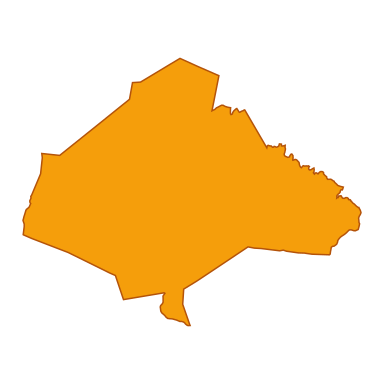 Santiago Ixcuintepec, Oaxaca, Mexico (orthographic projection)
{"feature_id": "50627088B58864234392064", "entity_name": "Santiago Ixcuintepec", "entity_type": "district", "adm_level": 2, "iso_a3": "MEX", "parent_name": "Mexico", "parent_adm1": "Oaxaca", "projection": "orthographic", "projection_center": [-95.545, 16.928], "detail": "fine", "context": "isolated", "style": "filled", "palette": "amber", "viewbox_px": 384, "rotation_deg": 0, "n_neighbors": 0, "source": "geoboundaries", "source_scale": "gbopen_adm2", "svg_char_len": 3780}
<svg xmlns="http://www.w3.org/2000/svg" viewBox="0 0 384 384"><path d="M285.2,145.3L283.1,146.0L281.5,145.9L281.4,144.1L279.4,143.9L278.7,146.1L277.6,146.8L276.5,147.2L275.8,147.0L274.9,146.5L274.1,146.4L273.6,147.1L272.7,147.3L271.8,146.6L271.3,146.0L269.9,145.9L268.1,145.3L267.2,146.1L266.8,147.8L244.8,110.0L244.2,109.9L243.7,110.4L242.6,110.9L241.3,111.3L240.2,112.1L239.4,112.3L239.1,112.0L236.8,108.5L236.1,108.8L235.1,109.7L233.7,111.0L232.7,112.6L232.3,114.0L231.0,114.6L230.5,113.9L230.4,112.1L230.5,108.8L230.6,107.7L228.7,107.4L227.3,107.1L224.9,106.3L223.2,105.3L221.7,105.2L220.4,105.8L219.5,106.3L217.8,107.2L216.5,107.8L215.6,108.6L214.9,109.4L214.0,109.8L212.8,110.4L212.0,110.8L218.9,75.7L198.1,66.6L180.0,58.4L170.6,64.0L169.1,64.9L151.0,75.8L140.5,82.1L132.5,82.6L129.5,99.3L100.2,122.9L59.7,155.4L41.8,153.5L42.3,157.8L40.6,173.8L31.7,195.0L30.8,196.4L31.0,198.2L29.8,200.8L29.9,202.1L30.2,202.9L30.7,203.5L30.1,204.9L29.2,207.0L27.6,208.5L26.4,209.4L25.8,210.6L24.9,213.7L23.8,217.2L23.5,218.6L23.0,220.3L23.4,221.7L24.2,224.0L24.2,226.7L23.2,234.7L23.3,234.8L31.8,238.5L68.2,252.5L109.5,272.9L115.4,275.5L123.5,299.6L164.1,292.8L164.9,293.3L164.0,294.7L163.3,295.5L163.0,296.4L163.1,297.7L163.1,299.1L163.1,300.9L163.1,302.3L162.2,303.9L161.2,305.0L160.6,305.6L160.6,305.9L160.2,307.0L160.4,307.9L160.5,308.9L160.8,311.1L161.7,312.8L163.3,314.2L164.8,315.5L165.8,316.9L167.6,318.4L169.6,318.7L171.4,318.8L172.8,319.0L174.8,319.6L176.4,320.0L178.3,320.8L180.0,321.5L181.4,321.4L183.5,322.0L184.7,322.9L185.5,324.0L187.3,325.4L188.3,325.6L190.1,325.5L189.3,323.4L182.7,304.3L183.7,289.1L196.9,281.0L208.8,273.1L248.0,246.9L254.3,248.1L260.9,248.5L261.8,248.6L279.7,250.8L283.3,250.1L286.4,251.2L298.4,252.9L304.8,253.1L305.6,253.3L312.0,254.2L329.5,254.8L330.2,254.0L330.5,251.6L330.8,250.1L331.3,247.3L332.6,246.3L334.0,246.2L335.0,245.5L336.0,244.8L336.8,244.0L337.1,243.2L337.4,242.5L337.7,241.7L337.6,240.8L339.2,238.5L340.4,237.2L341.7,236.2L344.0,234.7L345.1,233.9L346.6,232.6L347.9,231.2L348.6,230.6L349.2,230.0L351.0,229.8L352.3,230.2L353.8,230.7L355.3,230.8L356.9,230.1L358.2,229.5L359.0,226.6L359.2,225.7L359.6,223.8L359.0,222.5L358.9,220.8L358.6,218.1L359.2,216.3L360.3,214.5L360.9,213.0L361.0,212.8L360.8,211.9L360.3,210.3L359.1,208.1L358.9,207.5L358.3,207.5L356.8,206.5L355.6,205.4L354.4,204.1L353.2,203.4L351.8,201.9L351.5,201.3L351.0,201.2L350.7,200.9L350.7,200.4L350.4,199.9L350.0,199.7L349.1,199.8L348.5,199.5L348.5,198.9L348.4,198.5L347.6,198.0L347.0,197.6L345.7,197.6L344.5,198.3L343.4,198.3L342.5,198.1L341.9,197.2L341.1,195.8L340.4,195.8L340.0,196.1L339.2,195.9L338.7,196.0L338.1,197.6L337.3,197.6L336.8,198.0L336.9,197.3L336.8,196.2L337.1,195.3L338.3,194.0L339.2,193.3L340.1,192.3L340.2,191.6L340.5,190.7L341.2,189.6L342.3,189.9L342.8,188.9L343.0,188.1L343.1,187.6L343.3,187.1L342.6,186.9L341.3,186.6L340.2,186.3L338.2,185.6L337.5,185.2L336.9,184.4L335.8,183.4L334.5,182.2L334.2,181.3L333.3,180.9L331.4,179.5L330.6,179.2L329.1,179.3L327.6,179.3L326.7,177.8L326.6,176.7L325.1,175.6L323.5,173.8L323.6,172.7L322.7,171.7L320.9,171.5L319.6,172.1L318.7,173.1L318.0,173.9L316.9,173.1L316.0,172.8L315.3,173.1L314.4,174.1L313.4,172.8L313.9,172.2L314.2,169.6L313.9,168.0L312.5,168.7L310.9,169.8L309.4,169.9L308.7,169.0L308.7,167.6L309.4,166.5L308.3,165.8L307.4,166.1L306.3,165.9L304.8,166.1L303.2,165.7L302.5,166.4L301.4,167.7L300.7,167.3L300.0,166.2L299.4,164.7L299.3,163.7L299.0,162.4L297.8,161.1L296.8,160.0L295.8,159.5L294.8,159.5L293.8,160.0L292.9,160.2L292.8,159.2L293.1,158.0L293.0,156.8L293.0,155.7L291.8,154.0L291.0,154.2L289.9,155.7L289.5,156.9L287.8,157.4L286.6,156.8L285.2,156.3L284.2,154.9L284.3,153.6L284.8,152.4L285.0,151.2L285.4,149.5L285.4,148.5L285.0,147.3L285.2,145.3Z" fill="#f59e0b" stroke="#b45309" stroke-width="1.5"/></svg>